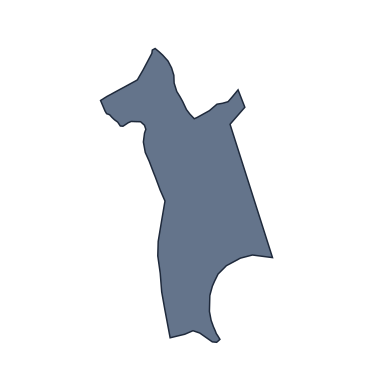 Batha Ouest, Batha, Chad, rotated 151°
{"feature_id": "50815135B78939282341988", "entity_name": "Batha Ouest", "entity_type": "district", "adm_level": 2, "iso_a3": "TCD", "parent_name": "Chad", "parent_adm1": "Batha", "projection": "natural_earth1", "projection_center": [18.7, 14.28], "detail": "fine", "context": "isolated", "style": "filled", "palette": "slate", "viewbox_px": 384, "rotation_deg": 151, "n_neighbors": 0, "source": "geoboundaries", "source_scale": "gbopen_adm2", "svg_char_len": 1159}
<svg xmlns="http://www.w3.org/2000/svg" viewBox="0 0 384 384"><g transform="rotate(151 192 192)"><path d="M281.8,75.1L267.3,71.1L258.4,70.2L253.6,64.9L246.9,51.1L243.3,48.6L240.9,49.1L239.0,49.6L239.2,54.2L239.4,56.4L239.0,59.1L238.6,63.7L237.5,70.5L234.7,79.0L233.9,80.4L226.6,92.8L224.7,94.8L219.8,99.8L215.6,103.0L209.0,107.6L197.6,110.9L181.8,110.7L169.7,107.6L153.4,95.6L125.9,232.8L104.7,240.5L102.2,259.0L111.4,255.4L116.7,253.5L122.3,254.8L127.6,256.7L137.3,254.7L151.4,254.7L154.5,255.0L156.1,261.2L156.9,266.7L156.3,275.7L156.3,281.1L156.6,287.3L154.8,296.0L151.3,302.9L149.7,310.4L149.5,318.2L151.3,326.0L152.9,330.8L154.7,335.4L154.8,335.4L157.9,335.4L159.9,332.7L175.7,322.4L185.4,316.6L187.2,316.5L220.0,316.8L227.6,316.4L228.8,304.9L228.7,301.9L226.6,299.5L225.8,296.0L224.8,292.8L223.1,289.2L222.7,284.5L220.5,283.0L217.7,283.2L214.2,283.5L211.0,283.2L206.2,280.3L202.9,278.4L201.2,273.4L202.0,269.2L205.0,266.5L210.3,259.3L213.7,249.2L214.5,239.6L216.2,227.8L216.8,223.0L218.9,209.0L220.0,197.2L231.7,182.6L245.5,165.2L252.9,152.7L259.2,136.3L266.9,119.4L272.7,102.5L281.8,75.1Z" fill="#64748b" stroke="#1e293b" stroke-width="1.5"/></g></svg>